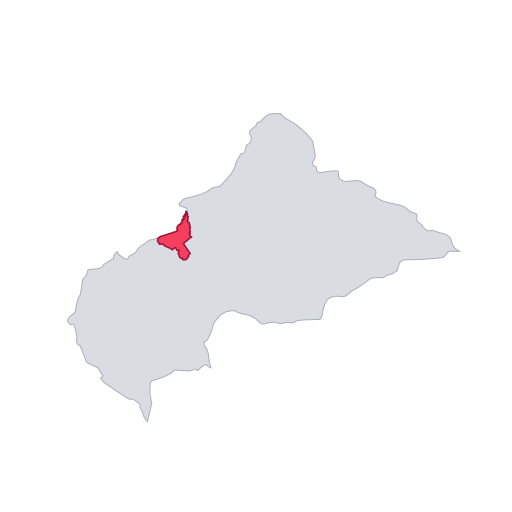 location of Kabo, Ouham, Central African Republic, rotated 346°
{"feature_id": "33826404B79989829713557", "entity_name": "Kabo", "entity_type": "district", "adm_level": 2, "iso_a3": "CAF", "parent_name": "Central African Republic", "parent_adm1": "Ouham", "projection": "orthographic", "projection_center": [18.904, 7.84], "detail": "fine", "context": "in_parent", "style": "filled", "palette": "rose", "viewbox_px": 512, "rotation_deg": 346, "n_neighbors": 0, "source": "geoboundaries", "source_scale": "gbopen_adm2", "svg_char_len": 7818}
<svg xmlns="http://www.w3.org/2000/svg" viewBox="0 0 512 512"><g transform="rotate(346 256 256)"><path d="M351.1,192.0L355.6,193.1L356.4,194.5L355.2,199.1L356.1,201.9L358.7,204.3L361.2,205.3L363.7,205.8L372.2,207.2L375.8,208.8L380.5,214.0L386.5,218.8L388.0,221.3L387.7,223.7L386.0,226.5L386.3,227.7L389.0,230.5L392.2,233.4L397.9,236.5L407.8,241.4L412.3,244.7L413.9,247.2L416.4,250.0L419.9,252.5L422.3,254.4L420.8,260.0L421.3,261.8L422.2,263.3L424.3,265.5L425.1,268.3L427.2,271.8L429.6,273.3L433.7,273.8L435.8,275.4L440.3,278.1L444.6,280.4L446.5,282.1L447.6,283.5L448.6,285.2L449.2,287.0L449.3,290.7L450.1,295.4L452.4,298.5L454.6,300.8L445.8,298.3L444.5,298.2L443.0,298.7L438.4,302.2L437.0,302.6L431.2,302.0L417.2,299.6L406.4,297.3L403.1,296.4L397.4,295.6L393.6,297.4L390.1,303.4L389.0,304.6L383.4,306.4L380.8,306.0L374.3,307.7L364.2,305.4L360.6,305.9L357.8,307.2L350.6,310.0L346.2,311.6L341.1,313.0L336.3,315.2L333.1,316.5L329.9,316.5L327.0,315.3L323.8,314.3L320.0,314.1L316.1,314.8L312.8,317.2L311.4,318.9L308.6,323.4L305.2,330.8L303.8,332.2L302.6,333.0L286.8,329.5L280.0,328.7L275.4,329.8L269.7,327.8L267.2,327.5L266.0,328.1L262.8,327.2L257.5,324.7L252.5,323.7L248.1,324.1L245.3,323.3L243.1,320.9L240.2,316.4L235.1,312.0L228.2,308.5L223.9,305.8L222.2,304.0L218.5,303.1L212.8,302.9L207.3,304.6L199.5,310.2L192.2,321.5L188.2,325.8L184.9,327.0L184.1,329.7L185.7,334.0L186.1,339.0L185.0,347.5L185.4,353.7L183.7,352.7L182.0,349.8L181.2,349.2L176.4,350.5L173.9,351.7L172.6,352.8L171.6,353.0L170.0,351.4L168.8,351.1L166.9,351.4L165.0,351.4L163.8,351.2L162.9,351.3L160.7,350.4L152.4,348.0L151.0,347.2L149.3,347.2L145.0,349.3L142.7,349.9L135.9,351.1L128.6,351.7L125.8,351.7L123.8,352.6L122.6,353.9L120.3,361.7L119.7,363.1L119.8,365.1L119.2,371.3L119.4,373.3L110.6,390.5L109.2,387.6L108.3,384.3L107.9,380.4L108.1,379.4L107.6,378.2L106.8,375.1L107.5,373.0L107.0,370.9L105.3,368.8L103.7,367.2L102.8,365.7L102.1,365.1L100.4,364.9L98.1,364.1L88.4,353.9L78.3,342.4L76.3,338.7L75.5,336.6L77.9,336.3L78.6,336.0L78.6,335.0L77.1,332.0L76.4,328.3L75.1,326.0L71.2,322.5L67.4,319.8L66.2,318.4L65.6,316.5L64.2,304.1L63.6,300.6L62.4,299.1L61.5,298.4L61.2,297.5L61.4,295.3L61.9,293.4L61.9,292.6L62.9,290.9L63.0,279.5L61.8,277.9L59.5,277.9L58.3,276.2L57.4,274.1L57.7,272.6L59.9,270.3L61.3,269.4L65.6,267.6L66.8,266.7L67.6,265.6L68.1,264.1L70.7,258.3L74.4,252.5L76.0,251.3L79.8,242.7L80.7,240.5L81.4,238.3L82.6,236.5L86.7,233.7L89.8,228.6L93.1,228.9L96.5,229.7L100.9,230.2L104.4,229.2L106.6,227.2L117.3,223.8L118.1,221.1L119.8,219.7L121.7,218.4L122.4,218.3L122.5,219.2L123.7,222.0L126.1,224.9L129.6,228.0L130.7,227.8L132.9,225.5L138.4,224.0L139.9,223.4L143.8,220.0L148.6,217.8L151.3,217.0L156.1,214.8L159.5,215.1L165.0,214.7L174.1,213.7L180.7,213.3L184.1,212.9L184.9,212.4L186.2,209.1L187.2,208.2L189.7,206.8L194.5,201.8L197.7,197.6L198.7,196.1L199.3,195.8L200.7,194.1L199.3,192.2L193.9,188.5L194.0,188.0L193.7,187.4L194.0,186.9L196.0,185.4L198.8,183.6L201.8,183.0L209.6,183.1L216.2,182.7L217.7,182.8L222.9,181.9L226.4,181.1L230.0,179.3L238.2,179.5L245.1,174.9L247.0,174.1L247.9,173.3L248.1,172.6L251.3,170.8L254.9,167.1L257.7,163.7L258.4,161.3L266.1,153.2L268.8,153.4L270.1,152.4L273.1,147.0L274.1,146.0L277.2,145.0L278.7,143.4L280.0,141.0L280.0,138.1L279.4,135.8L279.4,134.6L280.1,133.6L281.3,132.5L287.2,129.6L288.6,128.2L289.5,126.9L291.1,126.7L292.9,126.8L294.1,126.0L295.3,124.7L299.3,122.9L303.1,121.5L307.0,122.0L314.2,123.7L316.4,127.5L317.4,128.9L326.3,137.8L328.1,140.0L332.5,146.5L335.3,150.9L338.4,157.3L338.8,160.7L338.4,163.7L337.9,172.2L337.1,174.6L333.3,179.2L333.2,181.2L334.0,182.9L335.2,183.6L335.9,184.4L335.5,188.4L336.9,189.9L339.9,190.9L347.3,191.5L351.1,192.0Z" fill="#d9dde1" stroke="#a8b0b8" stroke-width="1"/><path d="M188.5,241.9L188.6,241.5L188.9,241.2L190.3,240.5L190.5,240.3L190.5,240.1L190.4,239.5L190.4,239.2L190.5,238.8L190.8,238.6L191.5,238.4L192.1,238.2L192.3,238.0L192.7,237.6L189.0,227.6L188.7,226.3L194.6,223.4L198.0,221.9L197.8,221.7L197.7,221.6L197.1,221.6L196.8,221.3L196.8,221.2L196.7,220.8L196.7,220.5L197.0,220.0L197.1,219.6L197.1,219.4L196.6,218.9L196.6,218.7L196.8,218.5L197.3,218.4L197.6,218.1L197.6,217.9L197.6,217.7L197.2,217.4L197.0,217.2L197.3,216.9L197.7,216.8L198.0,216.5L198.1,216.4L198.2,216.1L198.2,215.9L198.1,215.6L198.0,215.4L197.9,215.2L198.2,214.9L198.2,214.6L198.2,214.2L198.3,213.5L198.7,213.3L198.9,212.6L199.2,212.3L199.2,211.9L198.7,211.7L198.7,211.4L198.8,211.3L199.0,211.2L199.1,210.8L198.9,210.0L198.9,209.8L198.9,209.7L199.3,209.5L199.4,209.4L199.4,209.2L199.2,208.5L199.2,208.2L199.3,208.0L199.3,207.7L199.2,207.6L199.0,206.9L198.1,206.5L198.0,206.4L197.9,206.1L197.8,205.0L198.3,204.9L198.5,204.8L198.8,204.2L198.8,203.9L198.6,203.4L198.7,203.2L198.8,203.1L199.0,203.0L199.2,202.8L199.2,202.6L199.0,202.2L199.1,201.9L199.7,201.5L199.6,201.2L199.2,200.5L199.1,200.1L199.2,199.8L199.3,199.7L199.5,199.5L199.6,199.4L199.7,199.2L199.2,198.8L199.2,198.7L199.2,198.4L199.3,198.2L199.6,198.1L199.7,196.5L198.8,196.0L198.8,196.6L198.8,196.8L198.7,196.7L198.7,196.8L198.6,197.0L198.6,197.3L198.4,197.5L198.5,197.5L198.6,197.8L198.4,197.8L198.4,198.0L198.2,198.0L198.0,198.3L197.9,198.3L197.9,198.2L197.9,198.3L197.8,198.2L197.7,198.2L197.7,198.4L197.4,198.3L197.3,198.5L197.3,198.4L197.2,198.5L197.2,198.4L197.0,198.5L196.9,198.6L197.1,198.6L197.2,198.8L197.1,199.0L196.9,199.1L196.9,199.3L196.8,199.2L196.7,199.2L196.7,199.4L196.4,199.5L196.5,199.4L196.6,199.5L196.4,199.6L196.5,199.7L196.4,199.7L196.5,199.8L196.4,199.9L196.4,200.0L196.3,199.9L196.2,199.9L196.3,199.9L196.3,200.0L196.2,200.0L196.1,199.9L196.0,200.0L195.9,200.2L195.7,200.3L195.7,200.5L195.7,200.4L195.6,200.5L195.4,200.5L195.5,200.6L195.4,200.6L195.5,200.8L195.4,200.8L195.2,200.8L195.2,201.1L194.9,201.2L194.9,201.3L195.0,201.5L194.9,201.7L194.8,201.8L195.0,201.9L195.1,202.0L194.9,202.1L195.0,202.2L194.9,202.4L194.7,202.3L194.7,202.5L194.6,202.3L194.5,202.5L194.3,202.7L194.4,202.8L194.2,202.8L194.2,203.0L193.9,203.0L193.7,203.0L193.8,203.1L193.7,203.3L193.7,203.2L193.6,203.3L193.4,203.3L193.5,203.5L193.4,203.5L193.5,203.7L193.4,203.8L193.2,203.7L193.1,203.8L193.0,203.7L192.9,203.6L192.8,203.8L192.8,204.0L192.8,204.3L192.7,204.4L192.6,204.6L192.6,204.8L192.5,205.0L192.4,205.0L192.3,205.4L192.2,205.4L192.1,205.5L191.8,205.7L191.9,205.8L191.7,205.8L191.5,206.0L191.4,206.1L191.3,206.3L191.2,206.2L191.0,206.3L190.9,206.4L190.9,206.5L190.6,206.6L190.4,206.6L190.2,206.7L190.1,206.8L190.1,206.7L189.8,206.8L189.7,206.9L189.4,206.9L189.3,207.0L188.6,207.2L187.9,207.5L187.6,207.7L187.4,207.8L187.2,208.0L186.9,208.3L186.9,208.6L186.8,208.9L186.4,209.3L186.1,209.8L186.0,210.0L186.0,210.3L186.3,211.5L186.2,211.7L186.0,211.9L185.9,212.0L185.9,212.3L185.9,212.5L185.7,212.7L185.6,212.8L185.3,212.8L185.2,212.9L182.2,213.0L181.5,213.1L180.8,213.1L180.7,213.2L179.8,213.2L179.7,213.3L179.4,213.3L179.1,213.3L177.3,213.4L176.9,213.4L175.2,213.6L174.6,213.6L172.7,213.7L171.8,213.8L168.3,213.9L167.8,214.0L166.8,214.7L166.7,214.5L165.1,215.4L164.7,215.5L164.5,216.5L164.3,217.1L164.1,217.6L164.4,218.5L164.6,218.8L164.5,219.4L164.5,219.6L164.8,219.8L165.0,220.0L165.2,221.3L165.4,221.4L165.7,221.5L167.1,221.5L167.6,221.6L168.3,221.9L168.8,222.3L169.6,223.8L170.2,223.9L170.7,225.0L171.5,225.3L172.8,226.4L174.3,227.5L175.6,228.8L176.3,229.8L179.5,228.2L180.2,228.8L180.4,230.9L181.4,231.8L182.1,231.4L182.4,231.4L182.5,231.6L182.6,231.9L182.6,232.2L182.4,232.4L182.2,232.8L182.0,233.2L181.6,233.7L181.3,234.3L181.1,234.9L181.1,235.2L181.3,235.5L181.5,235.7L181.7,236.1L181.6,236.5L181.5,237.2L181.4,237.5L181.9,239.4L182.2,239.7L182.8,240.1L183.3,240.2L183.9,240.3L183.7,240.7L183.8,241.0L184.1,241.7L184.3,241.9L184.8,242.3L185.2,242.3L185.7,242.2L186.1,242.2L186.2,242.3L186.6,242.4L186.6,242.5L187.1,242.5L187.7,242.5L187.9,242.3L188.5,241.9Z" fill="#f43f5e" stroke="#9f1239" stroke-width="1.5"/></g></svg>